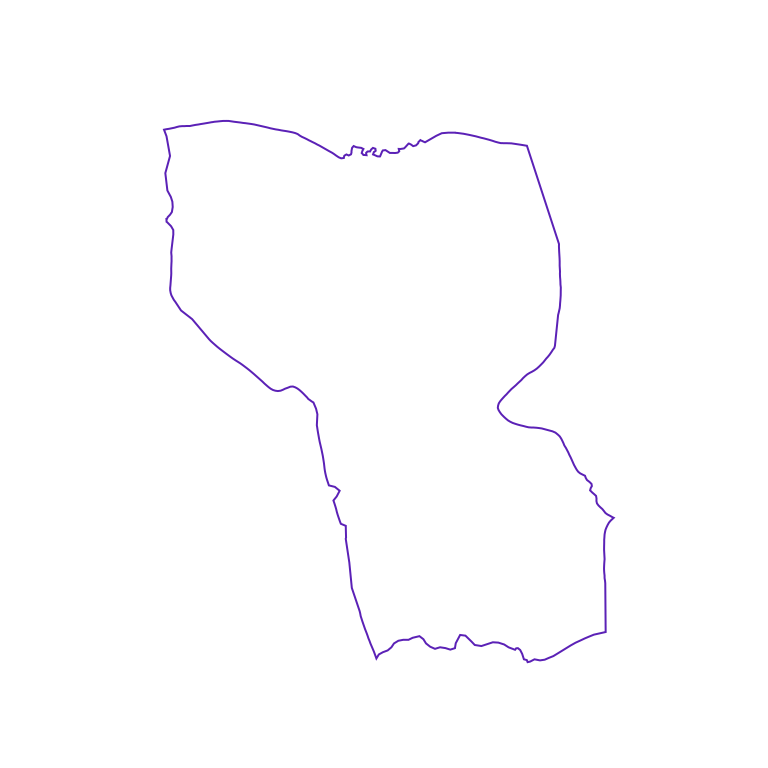 the district of As Sawma'ah, Al Bayda', Yemen, rotated 105°
{"feature_id": "15242507B21871042325483", "entity_name": "As Sawma'ah", "entity_type": "district", "adm_level": 2, "iso_a3": "YEM", "parent_name": "Yemen", "parent_adm1": "Al Bayda'", "projection": "natural_earth1", "projection_center": [45.761, 14.177], "detail": "fine", "context": "isolated", "style": "outline", "palette": "violet", "viewbox_px": 768, "rotation_deg": 105, "n_neighbors": 0, "source": "geoboundaries", "source_scale": "gbopen_adm2", "svg_char_len": 6118}
<svg xmlns="http://www.w3.org/2000/svg" viewBox="0 0 768 768"><g transform="rotate(105 384 384)"><path d="M116.9,307.6L117.5,313.8L118.2,319.9L118.6,323.3L119.2,325.9L119.8,328.4L120.5,331.1L121.1,333.5L121.2,336.1L121.2,339.1L121.0,342.2L120.9,345.7L120.9,351.1L121.0,353.9L121.0,359.3L121.3,366.0L121.5,369.0L121.7,371.9L122.5,378.0L122.9,380.2L122.8,380.3L122.9,380.6L124.5,386.7L126.8,393.1L130.7,397.7L139.9,406.9L139.9,407.1L139.5,409.5L139.4,409.7L139.2,411.4L139.0,412.0L141.5,413.4L142.6,413.3L145.2,414.8L146.7,417.4L145.7,419.9L145.3,421.9L145.4,422.5L150.1,424.9L151.3,425.7L152.8,429.1L153.1,430.6L155.3,429.5L157.0,430.6L157.9,432.8L159.3,438.1L158.6,440.3L157.7,443.1L158.7,445.6L159.7,445.9L160.3,446.1L160.8,446.1L165.1,446.7L165.3,446.8L165.8,449.3L165.4,451.7L165.3,452.4L165.1,454.0L162.6,453.8L162.1,453.3L160.9,452.4L159.0,453.2L158.8,455.7L158.8,455.8L160.8,457.1L163.0,457.7L163.0,458.0L163.7,460.1L164.8,460.8L165.5,461.1L167.5,460.1L167.7,461.3L168.1,463.2L167.4,464.1L166.7,465.3L164.5,465.2L163.9,465.1L163.6,465.1L163.3,464.9L162.3,464.7L161.8,467.2L162.2,469.9L162.3,470.7L162.4,471.7L162.4,472.0L162.4,472.4L162.0,474.9L164.0,475.9L164.8,475.9L167.4,475.7L168.9,475.3L170.6,475.3L170.8,475.4L171.3,476.0L172.4,477.2L172.0,479.7L173.1,480.8L173.8,481.4L174.9,481.4L176.1,481.3L177.1,483.8L176.8,486.0L176.7,486.5L175.8,489.2L174.8,491.8L174.1,493.9L173.2,497.6L170.4,508.2L170.0,510.3L169.3,513.1L168.7,516.3L168.5,516.9L168.5,517.3L168.2,518.6L168.1,519.3L167.5,521.8L167.0,524.3L166.5,527.3L165.9,529.5L164.9,532.1L164.6,534.7L164.6,537.5L164.8,540.9L165.0,543.4L165.6,548.8L165.8,551.9L166.1,554.6L166.4,560.0L166.4,562.6L166.5,565.7L166.6,568.3L166.8,573.8L166.9,576.5L167.2,579.5L167.9,585.2L168.3,587.7L168.6,590.4L169.5,596.7L169.8,599.5L170.1,602.0L170.7,604.5L171.5,607.4L172.5,610.1L173.5,612.7L174.6,615.7L175.5,617.6L175.7,618.2L176.9,620.7L179.1,625.5L180.3,628.2L181.4,630.5L182.5,633.1L183.9,636.0L185.1,638.4L185.7,640.9L186.5,643.3L187.2,645.8L188.1,648.3L189.3,650.5L190.6,652.6L193.1,657.6L194.2,660.1L195.3,662.3L201.0,658.2L219.1,649.7L220.1,649.7L236.9,649.8L253.2,643.3L258.5,638.3L262.7,635.6L267.7,633.9L272.8,633.4L275.9,634.5L278.8,636.1L281.2,636.5L281.2,636.8L283.6,636.0L283.8,635.4L286.7,630.5L289.8,627.4L294.1,626.2L308.7,624.1L311.9,623.6L313.1,623.2L315.5,622.3L317.8,621.7L320.3,621.0L322.7,620.5L324.9,620.0L327.6,619.4L332.2,618.1L334.5,617.6L338.8,616.8L344.1,615.8L346.6,615.4L348.8,614.8L351.5,613.5L353.5,612.2L355.4,610.4L357.1,608.8L358.6,606.9L365.5,599.1L371.0,586.1L386.0,564.6L387.4,562.3L388.8,559.6L391.2,554.7L392.4,552.0L393.4,549.6L394.5,546.9L395.6,544.2L397.6,539.1L398.6,536.4L399.6,533.4L401.2,528.3L402.2,525.6L404.3,520.4L405.6,517.4L407.9,512.5L409.3,509.7L410.7,506.9L413.1,502.1L414.5,499.6L415.8,497.0L416.9,494.7L417.9,492.2L418.5,489.7L418.6,487.2L418.3,484.7L417.2,482.1L415.7,480.1L414.1,478.3L412.6,476.1L410.8,473.7L410.0,471.3L410.2,468.8L410.8,466.4L411.7,464.1L412.9,461.7L414.1,459.5L415.6,457.0L416.9,454.8L418.1,453.2L418.5,452.0L419.6,449.2L420.1,447.4L425.5,443.2L430.5,440.5L441.2,438.2L443.2,437.3L446.2,436.0L448.4,435.0L453.1,432.8L456.4,431.2L459.2,429.7L463.5,427.4L466.5,425.9L469.1,424.6L471.3,423.6L474.0,422.4L476.3,421.4L480.9,419.6L483.0,418.7L485.1,417.7L487.4,416.5L489.4,415.4L491.5,414.1L493.9,412.5L496.2,411.0L496.1,404.8L498.6,399.2L504.9,400.6L509.6,402.7L512.0,401.1L514.8,399.3L517.1,397.9L519.7,396.5L522.0,395.1L524.0,393.8L528.3,390.9L530.2,389.5L530.9,384.2L534.1,383.3L542.2,380.9L543.4,380.9L565.4,371.3L589.3,362.3L609.6,348.8L611.6,347.7L614.3,346.4L616.3,345.1L619.1,343.3L625.6,338.9L627.5,337.5L629.4,336.1L631.7,334.5L633.7,333.2L635.9,331.5L638.2,329.9L642.9,326.2L645.1,324.5L651.1,320.3L646.6,319.0L643.4,315.7L640.4,311.5L636.4,308.7L632.0,307.2L628.3,303.7L626.1,299.2L624.8,294.2L621.7,290.6L618.4,284.5L620.3,279.9L623.7,276.3L625.8,271.4L626.6,266.2L623.8,261.7L623.2,256.3L623.4,251.2L620.8,247.1L615.8,247.6L606.7,245.5L606.0,240.2L610.1,232.9L612.6,228.8L611.9,222.1L605.3,212.0L604.2,206.6L604.5,200.5L606.1,195.5L606.8,188.6L605.1,187.9L604.5,186.3L605.7,183.6L608.9,180.7L613.7,177.6L613.7,174.6L615.5,173.3L614.3,171.0L611.0,167.4L610.8,164.7L610.6,161.8L608.7,157.4L605.9,153.9L603.0,150.0L599.0,146.2L591.7,139.3L588.1,135.9L584.3,132.0L581.0,128.0L577.7,124.1L574.6,120.1L571.8,116.4L566.2,105.7L519.2,118.7L516.8,119.6L514.4,120.7L511.9,121.4L509.6,122.3L507.6,123.0L505.3,123.7L502.7,124.3L500.4,124.8L498.3,125.2L496.1,125.6L487.2,128.5L484.9,129.1L479.6,130.4L477.4,131.0L475.2,131.4L472.2,132.0L469.8,132.2L467.4,132.3L465.0,132.0L462.3,131.5L459.6,130.8L457.3,129.7L453.8,127.5L453.5,129.0L452.8,131.6L452.2,134.4L451.3,136.7L449.7,138.8L448.3,140.7L447.1,143.1L445.8,145.4L444.2,147.4L442.1,148.5L439.6,149.1L437.2,150.2L436.0,152.5L434.9,154.8L433.4,157.4L431.1,157.4L428.8,156.8L426.8,157.7L425.4,160.2L424.2,163.1L422.5,164.8L420.6,166.1L420.1,168.8L419.5,171.5L418.5,173.7L417.0,175.6L416.0,176.6L415.3,177.3L413.0,179.5L408.8,182.9L406.6,184.7L404.4,186.7L402.5,188.2L398.7,191.7L396.7,193.9L394.8,195.3L392.9,196.9L390.9,198.7L389.1,200.7L387.9,202.9L386.6,205.8L386.1,209.0L386.1,220.1L386.4,222.7L386.8,225.4L387.3,228.0L387.9,230.4L388.4,233.1L388.5,235.7L388.5,238.5L388.6,241.4L388.6,244.2L388.5,246.7L388.3,249.6L387.8,252.2L387.1,254.7L385.9,257.3L384.6,259.8L382.9,262.7L381.3,264.7L379.5,266.6L377.6,267.9L375.3,268.2L373.0,268.1L370.8,267.4L368.8,266.5L366.8,265.5L364.3,264.2L362.3,263.0L360.1,261.9L355.9,259.6L353.4,257.9L351.0,256.3L348.8,255.0L346.9,253.8L344.7,252.4L342.3,251.2L339.9,249.7L337.6,248.1L335.6,246.2L333.9,244.3L331.9,242.3L329.6,240.4L327.0,238.7L324.4,237.2L321.9,235.8L319.6,234.8L317.5,233.9L315.4,232.8L312.7,231.6L309.6,230.5L307.1,229.7L305.0,228.8L302.7,228.8L272.2,233.7L270.4,233.7L267.6,233.8L265.3,233.9L262.8,234.3L260.4,234.8L258.1,235.2L252.9,236.2L247.4,237.6L245.0,238.2L242.2,239.3L239.5,240.1L237.4,240.8L235.2,241.6L232.0,242.6L229.8,243.1L224.4,244.9L219.9,246.1L217.0,247.0L211.0,249.0L208.8,249.7L205.9,250.6L203.5,251.2L116.9,307.6Z" fill="none" stroke="#5b21b6" stroke-width="2"/></g></svg>